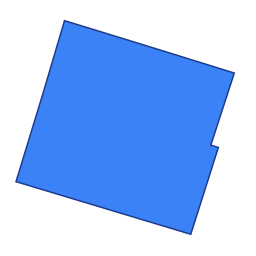 outline of Gladwin, Michigan, United States of America, rotated 287°
{"feature_id": "52423323B35263556044157", "entity_name": "Gladwin", "entity_type": "district", "adm_level": 2, "iso_a3": "USA", "parent_name": "United States of America", "parent_adm1": "Michigan", "projection": "mercator", "projection_center": [-84.354, 43.988], "detail": "fine", "context": "isolated", "style": "filled", "palette": "blue", "viewbox_px": 256, "rotation_deg": 287, "n_neighbors": 0, "source": "geoboundaries", "source_scale": "gbopen_adm2", "svg_char_len": 273}
<svg xmlns="http://www.w3.org/2000/svg" viewBox="0 0 256 256"><g transform="rotate(287 128 128)"><path d="M135.3,36.6L43.9,36.6L44.7,219.1L135.8,220.1L135.8,212.2L211.6,213.6L212.0,123.3L212.1,35.9L135.3,36.6Z" fill="#3b82f6" stroke="#1e3a8a" stroke-width="1.5"/></g></svg>